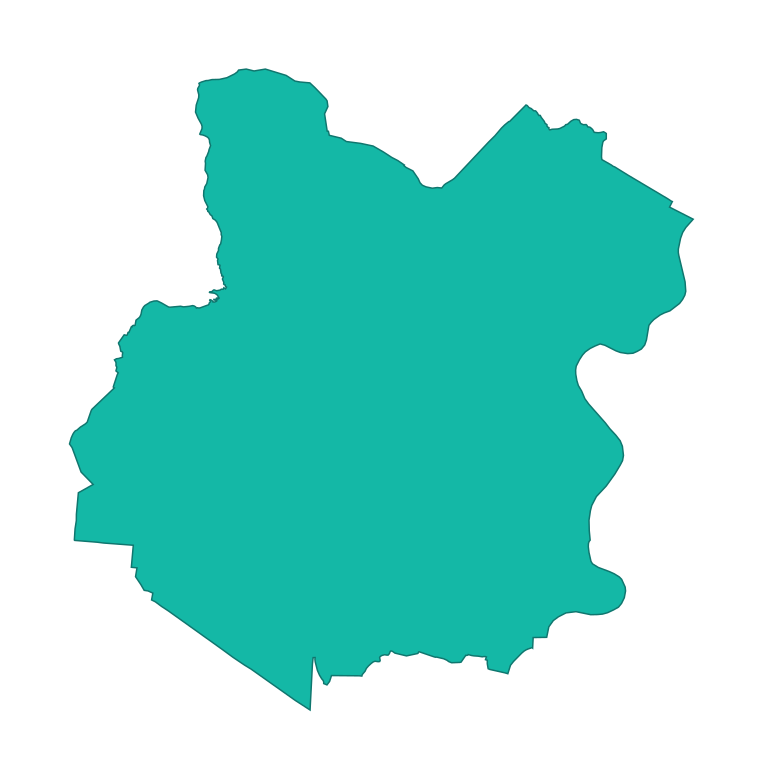 outline of Seini, Satu Mare, Romania, rotated 267°
{"feature_id": "2599482B17607964095904", "entity_name": "Seini", "entity_type": "district", "adm_level": 2, "iso_a3": "ROU", "parent_name": "Romania", "parent_adm1": "Satu Mare", "projection": "mercator", "projection_center": [23.303, 47.754], "detail": "fine", "context": "isolated", "style": "filled", "palette": "teal", "viewbox_px": 768, "rotation_deg": 267, "n_neighbors": 0, "source": "geoboundaries", "source_scale": "gbopen_adm2", "svg_char_len": 6129}
<svg xmlns="http://www.w3.org/2000/svg" viewBox="0 0 768 768"><g transform="rotate(267 384 384)"><path d="M532.4,701.4L545.7,678.4L551.1,681.5L551.5,680.6L553.9,677.4L580.0,638.3L588.7,625.8L589.4,624.2L590.8,622.5L596.7,613.3L599.5,613.1L608.6,613.9L614.0,615.2L615.4,616.1L617.1,618.8L622.5,619.1L623.2,618.3L624.4,616.5L623.8,613.2L623.7,611.0L624.3,607.1L627.3,605.6L629.4,603.5L629.8,602.6L630.2,600.8L631.6,600.3L632.5,599.4L632.5,596.7L633.6,594.5L634.3,593.8L637.2,592.8L638.2,590.1L638.1,587.3L636.6,584.3L633.7,580.8L633.5,579.1L632.1,577.8L630.0,573.0L629.6,570.9L629.6,565.1L629.1,562.9L629.3,562.5L630.7,561.9L631.4,562.1L631.8,561.2L632.8,560.3L634.5,560.3L635.9,558.5L637.9,557.8L642.0,555.0L644.0,554.1L644.2,553.5L644.0,552.8L645.4,551.8L646.1,551.7L648.5,550.0L648.9,549.4L649.0,547.9L651.4,545.4L652.4,543.3L654.6,541.6L655.2,540.4L639.6,523.2L639.5,522.3L636.4,518.1L633.3,514.6L626.1,507.8L620.2,501.2L585.8,465.2L584.4,463.1L580.8,456.2L579.7,454.6L576.7,451.9L577.4,447.5L577.0,442.5L578.7,436.2L580.5,432.7L583.1,430.5L587.2,428.9L595.3,424.0L599.1,417.4L601.0,415.3L601.6,415.8L606.4,409.5L609.8,403.7L615.7,395.6L622.2,385.6L625.5,373.3L628.1,359.1L631.7,354.2L635.2,342.4L639.3,341.7L639.5,340.5L656.9,338.8L664.0,342.5L669.7,342.0L671.7,340.8L683.6,330.5L688.6,325.7L690.0,315.8L691.2,310.9L697.3,302.4L704.7,282.0L703.4,270.6L705.7,262.9L705.1,255.2L703.4,253.9L701.5,251.1L698.1,243.2L696.8,235.5L697.0,228.1L696.3,224.3L696.3,222.1L695.1,217.4L694.1,215.1L693.8,214.9L692.5,215.4L691.8,215.3L688.9,213.5L687.5,213.2L682.5,214.2L679.7,213.9L672.4,211.1L665.4,210.0L659.1,212.3L653.2,215.2L650.9,215.8L648.5,215.6L643.2,213.1L642.7,213.6L642.2,215.9L641.2,218.3L639.8,220.6L638.6,221.7L636.9,222.4L634.4,222.5L631.1,223.3L627.3,221.6L625.4,221.1L621.0,219.1L619.4,218.0L615.9,217.1L613.6,217.3L606.8,216.5L602.2,218.8L599.5,219.1L593.5,217.5L590.1,215.3L588.0,214.9L586.6,214.2L581.5,213.7L576.6,214.6L570.2,217.4L569.0,217.1L568.0,216.1L566.6,217.1L565.6,217.1L565.0,218.0L562.3,219.3L560.8,221.0L558.2,221.7L556.4,224.2L554.1,225.8L543.7,229.4L541.8,229.2L539.9,229.8L536.4,229.2L532.5,228.2L531.5,227.3L528.1,225.8L526.0,225.7L522.5,223.8L519.4,223.4L517.5,224.8L516.1,224.2L511.9,224.5L511.4,226.2L511.0,226.4L508.3,225.8L507.2,226.7L503.4,227.0L501.9,227.7L500.6,227.6L500.3,227.8L500.1,228.8L499.3,229.2L497.8,228.3L497.0,228.2L494.1,229.3L492.2,229.1L491.5,229.7L491.2,230.6L489.8,230.8L489.0,231.8L487.3,230.7L488.5,229.1L487.0,228.3L487.2,226.5L486.4,225.2L485.9,221.7L486.9,219.2L486.6,218.5L485.3,217.0L485.1,214.7L484.7,214.5L484.4,214.8L483.5,219.6L482.3,221.4L481.4,222.3L478.4,223.8L477.8,223.0L478.6,222.3L478.5,221.2L478.1,221.0L477.5,222.0L476.9,221.6L477.4,218.6L477.1,218.5L476.7,219.1L476.4,221.0L476.0,221.4L475.4,221.1L474.7,219.0L474.9,217.4L475.1,217.2L475.6,217.4L477.0,215.6L477.3,214.7L476.8,214.3L475.6,214.9L474.9,214.8L474.0,213.7L472.7,213.3L472.2,212.7L469.6,204.1L469.6,202.8L469.9,201.7L469.7,200.6L470.8,200.0L471.8,198.6L472.3,197.1L471.8,193.6L471.5,187.9L472.3,184.9L471.9,174.4L472.1,173.0L476.5,166.2L478.7,162.2L478.9,161.6L478.9,158.6L477.9,154.5L477.0,153.2L474.9,149.3L473.4,147.8L470.5,146.0L466.3,145.0L464.1,143.9L463.0,142.9L460.7,139.7L455.7,138.5L455.4,137.8L455.7,136.7L455.3,136.0L454.3,135.4L454.6,135.0L454.4,134.7L448.9,132.0L448.8,131.7L449.0,131.3L448.7,131.0L446.5,130.2L446.1,129.5L446.7,127.1L439.7,121.6L438.9,121.0L438.1,121.1L435.4,122.2L430.8,122.8L430.4,123.0L430.0,124.0L429.0,124.7L426.5,124.2L424.4,124.2L423.4,120.4L423.2,118.1L422.2,116.1L420.1,117.3L418.9,117.5L416.2,117.3L415.3,117.9L414.2,118.0L411.1,117.0L409.1,119.1L407.0,118.0L395.3,113.5L394.8,113.6L394.2,114.5L374.2,91.2L373.0,90.3L361.4,85.6L359.8,83.7L356.9,78.6L353.9,74.8L353.4,73.3L351.9,71.9L350.2,70.7L346.7,68.9L340.6,66.8L336.8,69.2L311.9,76.9L298.9,88.3L291.4,73.1L270.0,70.0L263.7,69.6L255.5,67.9L244.4,66.6L244.0,66.9L241.0,89.4L239.9,95.4L236.1,125.2L214.2,122.1L213.3,127.7L204.6,125.8L196.4,130.7L190.5,133.7L189.7,137.5L187.3,142.2L180.5,140.6L178.5,144.2L173.6,150.1L168.6,156.9L127.3,208.7L118.8,219.1L110.6,230.0L106.2,236.4L72.6,278.9L62.3,293.1L108.3,297.9L114.5,298.9L114.4,300.9L112.4,300.6L110.0,300.8L101.5,302.5L96.5,304.4L92.8,306.4L91.0,307.8L89.4,308.2L88.0,308.1L86.5,311.3L89.8,314.1L95.6,316.3L93.9,344.0L93.5,346.6L95.0,347.1L98.2,350.1L100.9,351.5L103.3,353.8L105.7,356.7L107.1,358.8L107.6,360.5L107.0,363.6L107.1,365.2L108.2,365.7L111.0,365.3L112.0,365.9L113.0,367.6L113.6,370.4L113.1,372.8L113.1,374.0L114.4,375.2L116.7,376.3L117.0,376.8L117.0,377.4L116.4,378.7L114.7,380.8L111.3,392.2L113.1,403.5L113.5,404.0L114.6,404.6L114.8,405.0L109.1,419.2L108.5,420.9L108.5,422.3L106.5,429.2L104.9,432.3L103.4,434.1L102.1,436.9L102.0,445.1L102.2,446.4L108.8,451.5L108.6,452.4L109.0,453.8L109.4,454.0L108.3,457.2L107.8,459.5L107.3,463.7L106.4,467.9L106.6,469.4L106.5,470.9L106.1,472.0L103.4,470.9L102.7,472.7L99.2,472.5L94.2,473.1L93.4,474.7L89.2,489.7L88.2,492.5L96.5,495.6L100.2,498.9L108.1,507.5L110.0,510.0L111.1,512.0L111.8,513.9L113.0,518.1L112.5,518.6L123.0,519.7L122.5,533.2L132.9,535.9L138.9,540.7L142.4,546.0L145.9,553.8L146.6,563.8L142.8,578.4L142.6,585.2L142.8,590.2L143.9,595.3L146.4,601.4L148.9,606.5L152.4,609.7L158.0,612.8L164.7,614.4L168.6,614.2L176.5,611.1L179.0,608.9L182.4,604.0L184.9,599.2L189.6,588.4L193.5,582.8L196.1,581.4L205.0,579.9L210.8,579.5L213.9,579.8L215.9,580.5L217.3,581.7L226.7,581.3L237.3,581.6L246.7,583.5L251.8,585.1L260.5,590.2L270.5,600.6L282.1,609.9L290.9,615.8L295.0,618.2L300.1,619.4L309.4,618.8L314.9,616.9L320.8,612.8L327.5,607.2L333.6,603.0L353.1,587.5L358.8,583.8L366.6,581.0L372.3,578.0L377.2,576.8L383.9,576.0L387.9,576.1L391.8,576.9L398.1,580.5L402.6,583.8L405.6,586.8L408.7,591.7L410.9,596.8L412.7,601.9L411.1,606.7L405.0,617.3L403.1,621.7L401.6,628.9L401.7,634.3L403.3,638.5L405.5,642.9L409.3,646.4L414.3,648.4L428.7,651.6L431.6,654.0L434.3,656.9L438.5,663.4L440.4,667.8L442.1,673.4L449.0,683.4L452.8,686.6L457.0,689.1L460.8,690.2L470.3,690.0L497.1,685.1L499.9,684.8L503.3,685.0L514.0,687.8L519.7,690.2L524.5,693.6L532.4,701.4Z" fill="#14b8a6" stroke="#0f766e" stroke-width="1.5"/></g></svg>